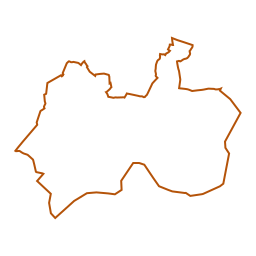 outline of Ugwunagbo, Abia, Nigeria
{"feature_id": "59680162B43108992465432", "entity_name": "Ugwunagbo", "entity_type": "district", "adm_level": 2, "iso_a3": "NGA", "parent_name": "Nigeria", "parent_adm1": "Abia", "projection": "orthographic", "projection_center": [7.346, 5.019], "detail": "fine", "context": "isolated", "style": "outline", "palette": "amber", "viewbox_px": 256, "rotation_deg": 0, "n_neighbors": 0, "source": "geoboundaries", "source_scale": "gbopen_adm2", "svg_char_len": 2995}
<svg xmlns="http://www.w3.org/2000/svg" viewBox="0 0 256 256"><path d="M172.0,38.0L172.3,41.0L173.0,45.0L172.6,45.0L172.0,44.8L171.2,44.6L170.6,44.6L169.8,44.6L169.6,46.2L168.0,49.4L168.7,50.0L169.9,50.8L169.3,51.4L169.1,51.8L168.7,52.0L168.3,52.4L167.2,53.0L166.2,53.5L165.8,54.1L165.2,55.1L164.3,54.5L164.1,54.3L162.8,54.4L162.1,54.4L160.1,54.0L159.9,55.3L160.1,56.8L159.8,58.6L159.4,59.1L157.9,60.2L157.2,61.2L156.0,64.6L155.8,66.6L155.7,68.6L155.3,71.0L155.6,72.3L156.0,74.2L155.9,75.0L155.7,75.5L155.7,75.9L156.0,76.4L157.5,77.9L155.2,80.3L152.9,82.8L152.3,83.5L151.9,84.4L151.4,85.5L147.8,93.1L146.8,95.0L146.1,95.6L145.5,96.1L145.0,96.9L144.0,97.2L143.5,97.1L142.9,96.7L142.3,96.4L141.1,96.3L139.9,96.3L138.4,95.9L135.6,95.3L129.0,93.9L127.3,93.6L126.8,93.5L126.6,94.1L126.3,94.6L126.0,95.0L125.7,95.6L124.6,97.4L124.4,97.2L123.9,97.3L118.2,97.5L117.7,97.5L116.6,97.5L116.0,97.4L115.4,97.4L113.4,97.8L111.5,97.4L108.3,96.8L107.4,94.1L106.1,92.2L106.5,92.1L107.0,91.6L109.8,89.1L110.9,87.6L111.4,87.2L111.1,85.7L110.7,83.7L110.6,83.3L110.5,82.9L109.6,83.4L109.3,76.6L108.7,74.9L104.0,73.6L100.2,73.9L95.6,74.5L95.2,75.9L93.2,74.4L89.7,71.7L86.9,67.1L87.5,66.2L87.0,65.7L86.0,64.0L85.8,63.7L85.5,63.4L84.8,62.3L84.5,61.7L84.4,61.2L83.6,61.7L82.0,63.5L81.0,65.1L78.7,63.2L78.2,62.9L73.4,61.9L72.1,62.2L71.0,62.2L69.6,61.5L69.3,61.4L68.7,61.4L66.8,63.2L62.7,73.1L63.3,74.3L62.8,74.5L62.5,75.0L62.8,75.5L61.8,76.3L60.9,75.3L47.4,83.0L47.1,85.4L46.2,93.3L46.1,93.8L44.2,94.7L44.8,101.3L45.4,103.3L45.4,103.7L44.9,104.6L44.0,106.6L44.0,107.1L44.3,107.9L44.5,108.4L42.7,109.6L42.0,110.1L41.7,110.2L41.4,110.4L41.1,110.6L40.8,110.8L40.4,111.2L36.7,122.4L37.2,124.8L23.1,141.3L18.4,147.0L15.4,150.8L15.6,150.9L15.8,151.1L16.0,151.2L16.5,151.1L17.2,151.1L18.1,151.0L19.3,150.9L20.3,151.4L21.1,152.0L21.7,152.4L22.4,152.8L23.3,153.3L24.3,153.7L25.9,154.2L27.6,154.8L29.9,156.8L32.3,159.0L32.9,159.5L33.2,160.2L34.2,164.2L35.9,171.7L36.4,172.1L39.2,172.7L42.6,173.4L43.4,173.8L37.1,181.0L50.8,193.8L49.1,202.9L50.9,213.3L53.1,215.7L55.2,218.0L74.2,200.9L86.9,193.2L96.4,192.4L108.0,193.4L114.9,194.3L121.6,189.9L121.2,180.8L133.2,163.0L139.1,163.0L144.3,164.7L153.4,178.2L159.0,186.2L168.2,189.9L172.3,191.4L184.8,193.0L185.8,192.9L190.3,195.9L201.9,194.2L203.1,193.9L219.9,186.3L223.3,183.7L229.1,153.5L225.4,147.8L225.3,145.9L225.0,141.6L240.6,112.9L230.2,99.1L219.9,90.6L220.8,88.6L219.6,89.1L218.9,89.1L217.2,89.4L215.5,89.4L214.0,88.9L209.7,88.7L208.1,88.7L203.6,89.6L201.7,89.9L197.7,90.3L192.1,91.0L189.2,89.8L187.6,89.3L185.9,89.0L182.5,88.6L180.3,88.4L179.1,88.2L180.1,81.2L180.3,79.5L179.0,70.9L178.4,69.1L177.9,66.9L177.3,63.6L177.0,61.4L178.9,60.9L179.6,61.0L180.1,61.4L180.7,61.2L182.6,59.9L183.4,59.4L184.6,58.9L185.4,58.8L186.3,58.5L187.2,58.1L187.9,57.4L188.6,56.6L189.1,55.7L189.8,54.8L190.0,54.2L190.1,53.3L189.8,52.4L189.6,51.1L190.0,50.8L190.9,49.3L192.2,47.4L192.5,46.7L192.6,45.6L192.6,45.1L183.6,42.1L177.4,40.1L172.0,38.0Z" fill="none" stroke="#b45309" stroke-width="2"/></svg>